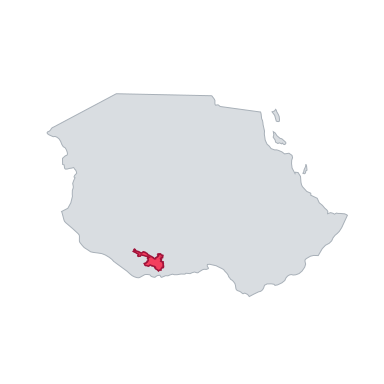 location of Sumbawanga, Rukwa, United Republic of Tanzania, rotated 332°
{"feature_id": "72390352B27717411944051", "entity_name": "Sumbawanga", "entity_type": "district", "adm_level": 2, "iso_a3": "TZA", "parent_name": "United Republic of Tanzania", "parent_adm1": "Rukwa", "projection": "mercator", "projection_center": [31.975, -8.085], "detail": "fine", "context": "in_parent", "style": "filled", "palette": "rose", "viewbox_px": 384, "rotation_deg": 332, "n_neighbors": 0, "source": "geoboundaries", "source_scale": "gbopen_adm2", "svg_char_len": 7989}
<svg xmlns="http://www.w3.org/2000/svg" viewBox="0 0 384 384"><g transform="rotate(332 192 192)"><path d="M147.3,261.2L143.6,259.2L140.2,258.1L137.5,256.7L136.2,255.4L133.7,254.9L131.4,254.7L129.4,253.5L125.1,253.1L124.6,252.3L124.6,250.5L123.8,250.1L122.3,249.6L120.6,249.6L119.6,249.9L119.0,249.8L117.6,248.7L116.4,247.4L115.9,245.3L113.9,243.9L111.7,242.8L105.5,242.9L104.5,242.6L103.0,241.6L101.3,239.8L99.9,237.8L98.7,235.0L97.4,231.3L90.3,216.6L89.6,213.8L88.2,210.7L85.9,206.9L83.5,204.1L80.2,201.6L76.5,199.0L74.5,197.3L70.7,190.4L69.9,187.2L69.3,183.8L69.5,182.5L71.9,178.1L72.2,176.9L71.9,175.3L70.7,171.9L69.2,167.7L66.2,160.1L65.7,158.2L65.8,156.7L67.6,149.0L67.6,148.0L74.7,148.1L79.9,144.7L84.4,139.7L85.3,137.6L87.2,134.3L89.0,132.7L89.7,131.6L90.7,128.4L93.1,126.2L95.4,124.5L94.9,123.4L95.3,122.9L96.5,122.1L99.0,121.3L99.5,119.6L99.5,117.7L99.1,116.6L99.1,115.4L98.8,114.7L97.2,114.5L94.8,113.6L92.8,113.2L91.4,112.6L90.9,112.2L90.7,111.0L91.8,108.1L90.7,106.9L93.2,102.0L93.6,101.4L94.5,101.3L96.0,100.8L97.3,100.6L98.4,100.8L99.2,100.6L99.9,100.0L100.5,98.4L100.9,95.6L100.7,93.3L99.6,91.6L99.4,89.0L99.8,85.4L99.5,82.4L98.4,80.1L97.2,78.7L95.4,78.0L92.6,74.4L91.7,72.6L91.9,71.6L92.9,71.1L94.7,71.3L96.3,70.8L97.9,69.8L99.4,69.6L100.2,69.7L171.3,69.7L254.3,116.1L254.7,116.6L255.3,120.6L255.2,122.0L253.9,124.3L253.5,125.5L253.5,126.3L253.8,126.6L254.9,126.8L255.9,127.3L256.2,127.7L256.9,129.5L257.8,130.3L289.4,153.1L290.1,153.5L289.7,155.4L287.9,160.0L287.8,162.0L287.1,164.2L286.4,165.8L284.6,172.3L283.1,174.7L281.0,180.5L280.7,184.9L281.8,187.9L282.2,190.8L284.7,193.6L286.6,194.6L287.9,195.9L290.3,198.9L291.6,201.8L295.8,203.3L297.5,206.6L296.9,208.9L294.9,210.8L293.1,213.9L291.6,217.9L291.6,224.1L292.6,223.1L294.8,224.6L295.1,229.2L292.8,234.5L292.1,237.0L292.0,239.1L293.6,245.4L296.2,248.7L296.0,249.7L295.3,250.5L299.6,256.3L299.3,261.3L300.9,265.1L301.6,268.5L302.6,271.1L302.8,272.9L301.5,274.8L304.7,275.3L306.5,277.0L307.4,278.5L309.6,278.4L310.9,279.5L312.6,280.4L316.6,283.0L317.6,284.3L318.3,285.5L307.5,293.7L303.6,295.9L300.8,296.8L297.9,297.4L295.0,298.7L292.4,300.7L289.0,301.7L284.8,301.7L280.4,303.2L273.6,307.4L269.6,305.1L266.4,304.3L262.8,304.4L260.6,304.7L259.8,305.2L259.1,306.6L258.5,309.0L256.2,311.3L252.0,313.5L248.2,314.3L244.7,313.8L242.3,312.8L241.1,311.6L239.3,311.0L236.9,311.1L234.6,312.0L232.4,313.7L228.8,314.4L224.0,314.2L221.4,313.4L221.1,312.0L218.9,310.3L215.1,308.4L212.2,308.4L210.4,310.2L208.7,311.3L207.2,311.8L205.8,311.9L203.9,311.4L198.6,311.2L193.5,311.2L193.0,308.6L191.9,307.0L191.0,306.0L189.3,305.8L188.8,305.0L188.2,303.4L187.4,302.0L186.2,300.8L185.5,299.7L185.3,298.8L185.5,297.7L186.5,294.9L186.9,293.1L186.7,291.2L186.2,289.2L185.0,286.9L185.1,286.3L184.7,284.7L184.7,283.6L184.9,282.2L184.7,280.4L183.6,276.5L183.6,275.5L182.5,273.7L179.2,269.2L179.0,268.7L173.8,264.2L171.6,263.2L170.9,264.1L170.6,264.8L170.8,266.3L170.7,267.0L170.5,267.3L169.2,267.2L168.4,267.1L166.4,265.9L164.9,265.6L161.0,265.8L159.7,266.1L158.6,265.8L156.6,263.8L154.2,263.3L152.0,263.2L148.5,260.9L147.3,261.2ZM296.3,187.2L298.1,192.1L297.8,193.0L296.6,193.6L296.0,193.6L295.2,192.8L294.7,191.2L293.8,191.6L292.2,189.6L290.6,189.5L289.2,187.2L289.8,185.2L289.4,181.7L291.1,179.9L292.1,176.9L293.2,179.0L293.4,182.1L294.9,185.9L296.3,187.2ZM304.7,158.3L304.8,159.5L304.5,160.6L304.6,164.0L304.4,166.3L303.1,169.5L302.1,170.6L301.1,170.3L300.3,169.7L299.7,168.9L301.0,163.1L300.3,158.8L302.8,159.2L304.7,158.3ZM301.2,228.4L300.0,228.7L299.5,228.4L298.7,227.5L300.1,226.7L301.3,225.1L304.3,222.8L305.6,220.9L305.4,222.7L303.8,226.7L302.3,226.9L301.2,228.4Z" fill="#d9dde1" stroke="#a8b0b8" stroke-width="1"/><path d="M112.3,216.8L112.6,217.4L112.7,217.5L112.8,217.9L113.5,218.5L113.8,218.8L114.0,219.1L114.0,219.5L114.3,220.1L114.9,220.8L115.3,221.5L115.6,221.9L115.6,222.0L115.1,222.1L114.3,222.7L114.3,222.9L114.2,223.0L114.3,223.1L114.3,223.4L114.4,223.5L114.5,223.7L114.9,223.8L115.2,223.9L115.6,224.1L116.2,224.4L116.5,224.3L117.0,224.0L117.1,223.9L117.4,223.6L117.7,223.7L118.2,224.2L118.3,224.3L118.5,224.5L118.8,224.8L119.5,225.3L120.3,226.1L120.7,226.6L120.9,226.7L121.1,227.0L121.4,227.1L121.8,227.5L122.3,227.8L122.5,228.1L122.9,228.5L122.9,228.9L123.0,229.1L123.1,229.3L122.5,229.0L122.3,229.0L122.1,229.1L121.9,229.3L121.6,229.4L121.5,229.9L121.9,230.3L122.0,230.4L121.6,230.7L121.5,231.3L121.5,231.5L121.4,231.6L121.1,232.0L120.9,232.0L120.7,232.2L120.3,232.0L120.0,232.1L119.9,232.1L119.9,232.5L119.7,232.8L119.3,232.9L119.1,232.8L118.8,232.7L118.7,232.8L118.2,232.9L118.0,233.2L117.6,233.1L117.5,232.9L117.4,232.9L117.2,233.0L116.8,233.0L116.5,232.7L116.3,232.7L116.2,232.7L116.2,232.8L116.3,233.0L116.3,233.3L116.1,234.2L116.2,234.7L116.6,235.3L116.9,235.4L117.4,235.7L118.2,236.6L118.6,237.0L118.9,237.0L119.1,237.1L119.3,237.1L119.6,237.0L119.8,236.9L120.7,236.8L120.9,236.9L121.2,237.2L121.5,237.6L121.7,238.2L122.0,238.5L122.4,238.5L122.5,238.8L122.7,239.1L123.2,239.4L123.5,239.6L124.2,240.7L124.4,241.2L123.6,241.3L123.8,242.3L123.9,242.8L124.2,243.5L124.7,244.0L124.8,244.3L125.0,244.6L125.0,244.9L125.1,245.0L125.2,245.3L125.3,246.0L126.2,245.8L126.5,245.8L126.8,245.9L126.8,246.0L126.9,245.8L127.1,245.8L127.3,246.0L127.7,246.3L128.0,246.4L128.3,245.8L128.5,245.6L128.7,245.3L129.4,244.9L130.2,244.9L130.4,245.0L130.6,245.3L131.2,245.2L131.4,245.1L131.6,244.8L131.8,244.5L131.9,244.4L131.9,244.2L132.0,244.1L131.9,244.0L132.1,244.0L132.2,243.5L132.2,242.9L132.4,242.6L132.6,242.5L132.6,242.4L132.8,242.3L132.9,242.1L133.0,242.0L133.0,241.8L132.9,241.7L133.0,241.5L133.1,241.4L133.1,241.2L133.2,240.9L133.3,240.9L133.5,240.6L133.4,240.6L133.2,240.6L133.3,240.4L133.2,240.4L133.3,240.2L133.2,240.1L133.2,239.8L133.1,239.7L132.9,239.8L132.8,239.7L132.7,239.4L132.7,239.5L132.6,239.4L132.5,239.1L132.4,239.0L132.5,239.0L132.7,238.8L132.7,238.6L132.7,238.4L132.7,238.2L132.6,237.9L132.4,237.9L132.6,237.5L132.7,237.4L132.7,237.2L132.9,237.2L133.0,237.2L132.9,237.0L132.9,236.9L133.0,237.0L133.1,236.9L133.1,236.6L133.3,236.7L133.4,236.1L133.6,236.0L133.8,236.0L133.9,235.8L134.0,236.1L134.3,236.0L134.5,235.8L134.6,236.0L134.8,236.2L135.1,236.2L135.1,235.9L135.4,235.8L135.5,235.4L135.8,235.3L135.9,234.8L136.0,234.8L136.1,234.5L136.3,234.4L136.4,234.6L136.5,234.5L136.6,234.4L136.6,234.2L136.4,234.1L136.0,233.7L135.6,233.6L135.5,233.3L135.4,233.2L135.3,232.8L135.3,232.7L135.2,232.5L135.3,232.1L135.2,231.9L134.8,231.8L134.7,231.6L134.3,231.5L134.2,231.3L133.9,231.2L133.8,231.3L133.8,231.2L133.8,231.3L133.7,231.2L133.4,231.0L133.2,230.8L132.9,230.7L132.7,231.0L132.5,231.4L132.6,231.6L132.4,231.6L132.4,231.8L132.2,231.7L132.2,233.4L132.1,233.2L131.7,232.9L131.3,232.7L131.2,232.7L131.2,232.8L131.0,233.1L130.9,233.1L130.2,233.1L129.4,233.0L129.0,233.0L128.9,233.2L128.8,233.6L128.7,233.7L128.5,233.9L128.3,233.8L128.2,233.7L127.9,233.6L127.7,233.5L127.5,233.4L127.4,232.8L127.2,232.7L127.0,232.4L127.1,231.8L126.8,231.4L126.6,231.4L126.3,230.8L126.3,230.4L126.0,230.1L125.8,229.8L125.6,229.7L125.4,229.0L125.0,228.8L124.7,228.6L124.5,228.1L124.5,227.9L124.4,227.7L124.3,227.3L124.0,227.2L123.8,226.9L123.6,226.7L123.6,226.4L123.6,226.2L123.6,225.8L123.5,225.5L123.5,225.3L123.4,225.1L123.2,225.1L122.9,224.3L122.6,223.9L122.6,223.7L122.4,223.5L122.2,223.4L122.2,223.1L121.8,222.9L121.7,222.7L121.4,222.3L121.4,222.2L121.2,222.1L121.2,222.4L120.9,222.2L120.7,222.2L120.3,222.1L120.1,222.1L119.9,222.1L119.5,222.3L119.1,222.2L118.9,222.2L118.7,222.1L118.6,221.9L118.3,221.6L118.2,221.5L117.8,221.5L117.7,221.3L117.6,221.1L117.5,220.9L117.6,220.6L117.4,220.2L117.2,220.1L117.0,219.9L116.9,219.9L116.7,219.8L116.7,219.6L116.7,219.4L116.4,219.3L116.2,219.1L115.8,218.7L115.7,218.5L115.7,218.3L115.6,218.2L115.3,218.1L114.9,217.7L114.7,217.2L114.8,217.1L114.8,216.9L114.8,216.6L114.9,216.4L114.8,216.2L114.7,216.1L114.6,215.9L114.6,215.7L114.5,215.4L114.3,215.4L114.2,215.5L113.7,215.6L113.5,215.8L113.5,216.4L113.5,216.7L112.7,216.8L112.3,216.8Z" fill="#f43f5e" stroke="#9f1239" stroke-width="1.5"/></g></svg>